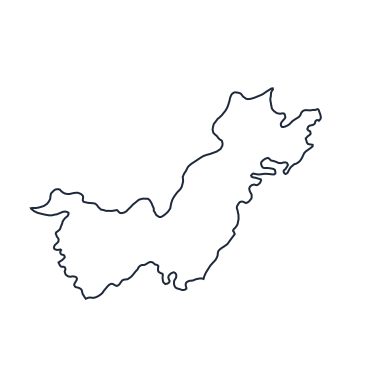 Beshankovichy, Vitebsk, Belarus, rotated 326°
{"feature_id": "67162791B20127655381780", "entity_name": "Beshankovichy", "entity_type": "district", "adm_level": 2, "iso_a3": "BLR", "parent_name": "Belarus", "parent_adm1": "Vitebsk", "projection": "robinson", "projection_center": [29.528, 55.058], "detail": "fine", "context": "isolated", "style": "outline", "palette": "slate", "viewbox_px": 384, "rotation_deg": 326, "n_neighbors": 0, "source": "geoboundaries", "source_scale": "gbopen_adm2", "svg_char_len": 6011}
<svg xmlns="http://www.w3.org/2000/svg" viewBox="0 0 384 384"><g transform="rotate(326 192 192)"><path d="M273.7,137.7L270.2,140.5L268.1,141.9L264.7,143.5L261.9,144.3L260.2,144.9L256.3,145.6L254.3,145.7L247.9,147.9L245.1,150.5L243.9,151.9L242.8,154.9L243.1,156.7L243.9,159.5L244.0,162.3L244.6,164.4L245.4,166.1L244.6,168.6L243.2,170.5L240.8,171.8L239.6,172.3L235.1,172.3L228.3,170.6L224.8,169.4L221.8,168.6L219.2,168.4L207.0,168.3L204.2,168.6L202.3,169.1L198.7,171.2L197.3,171.7L195.7,172.4L194.4,173.2L192.7,174.4L191.8,176.2L190.6,178.2L188.3,180.3L186.3,182.0L184.0,183.1L179.3,184.1L174.9,185.7L172.7,186.7L170.6,188.0L168.4,189.8L164.7,193.5L161.1,194.9L157.6,195.5L153.9,195.6L152.2,195.3L150.9,194.4L150.1,192.7L149.5,191.1L149.8,188.1L149.8,186.2L151.2,184.1L151.6,181.3L152.1,179.3L152.3,177.0L152.3,175.1L151.8,173.1L148.8,170.9L147.3,169.9L143.7,168.7L135.9,169.4L133.5,170.0L128.5,170.9L126.9,171.3L124.4,171.1L122.3,170.4L121.2,169.7L120.4,168.7L119.7,165.0L114.9,162.9L113.5,161.8L110.2,159.6L108.5,157.4L106.7,155.7L105.9,152.0L105.9,150.4L105.7,148.8L105.0,147.2L103.1,145.5L99.8,142.9L97.7,140.7L96.6,139.3L96.8,137.8L97.7,136.7L98.9,135.4L99.4,133.9L98.9,131.8L98.0,130.2L96.6,128.5L94.5,127.3L92.4,126.3L89.6,125.3L87.5,123.9L85.7,122.1L84.6,120.0L84.0,117.9L83.8,116.2L82.8,114.9L80.4,113.6L78.9,113.5L76.8,113.8L74.3,114.4L72.9,115.7L70.5,118.5L68.3,119.7L65.6,120.7L61.7,120.8L59.1,120.1L56.3,119.2L53.4,117.9L51.6,116.5L49.4,115.4L49.3,116.2L49.7,117.3L50.5,119.9L51.3,121.1L52.3,122.9L56.9,128.0L60.4,131.4L62.8,133.0L65.8,134.1L67.3,134.9L74.0,136.3L76.0,137.3L77.3,138.8L78.0,140.2L77.0,141.5L75.7,142.3L72.1,142.7L70.1,143.3L67.9,144.4L66.8,145.5L64.0,147.3L62.3,148.7L61.1,149.2L58.2,149.5L56.8,149.5L55.8,150.2L55.6,151.2L55.1,153.0L55.1,156.0L54.8,156.9L53.5,158.4L52.5,158.7L48.3,159.4L46.9,160.4L46.3,161.1L46.1,162.4L47.3,164.2L48.6,165.1L50.8,166.1L51.0,167.0L49.6,167.7L49.1,168.2L48.6,169.5L48.8,170.8L50.4,172.5L50.5,173.6L50.0,175.0L48.4,175.5L46.5,175.8L44.0,175.8L42.0,175.7L41.8,176.3L41.6,177.6L41.5,179.6L41.6,180.3L42.6,181.5L43.7,182.1L44.4,183.3L44.4,183.9L43.9,185.3L41.9,186.8L41.1,189.8L41.5,191.1L41.9,192.3L42.9,193.5L44.2,194.5L45.6,195.0L47.0,196.1L48.1,197.4L48.4,198.4L48.1,199.7L46.9,200.6L44.3,201.8L42.8,202.6L42.3,203.4L42.1,204.8L42.4,205.8L44.6,208.2L45.3,209.6L45.7,210.7L45.7,211.7L44.8,214.1L44.4,215.1L44.3,215.7L44.3,217.3L44.2,218.7L44.2,221.1L46.8,221.6L48.5,222.5L51.0,224.6L53.4,225.5L56.1,225.9L59.5,225.9L61.6,225.5L63.7,224.6L68.9,223.1L71.3,222.6L73.6,222.9L74.9,223.9L75.6,225.4L76.3,226.7L77.2,227.9L79.0,228.1L80.7,227.8L82.5,227.0L84.7,226.3L86.3,226.5L89.9,228.3L93.9,228.3L96.8,227.6L100.9,226.3L103.4,225.8L106.0,224.4L107.8,224.2L109.4,224.4L111.8,225.9L113.3,226.1L116.4,226.2L118.2,226.6L119.1,227.4L120.0,228.3L120.8,231.3L122.2,232.9L122.6,233.9L122.6,234.8L121.9,235.4L120.6,237.0L119.8,238.4L119.7,239.7L120.2,240.8L120.8,241.9L121.8,243.3L121.4,244.5L119.7,246.5L118.1,249.5L117.8,251.1L118.4,253.4L120.4,254.2L122.3,254.2L123.5,253.5L123.8,252.9L123.9,251.6L124.5,249.7L125.7,248.5L128.0,247.8L129.6,247.8L131.9,248.3L132.7,249.6L132.8,251.4L132.1,252.7L130.8,254.2L128.2,255.3L127.4,255.8L126.3,257.2L125.3,258.9L124.9,260.6L125.0,262.2L125.9,263.9L126.9,264.9L129.0,267.7L130.3,268.6L132.0,269.1L133.3,269.0L133.9,267.9L134.3,266.6L134.8,265.4L135.8,264.3L137.0,263.8L138.9,263.9L140.4,264.3L142.9,265.7L143.9,266.0L145.5,266.3L147.0,266.7L148.9,267.5L150.0,268.0L152.1,269.4L152.9,270.5L155.5,268.4L158.3,266.7L160.7,265.6L166.2,263.2L173.7,261.4L176.0,260.2L177.7,259.0L179.5,256.8L180.8,255.7L183.3,255.1L185.4,255.0L187.5,255.1L192.2,255.0L197.3,253.1L203.9,250.8L204.4,248.5L204.3,247.1L205.6,246.2L208.0,245.8L210.5,244.9L212.1,243.9L213.4,242.5L215.4,240.6L218.0,236.5L218.4,235.1L219.4,233.0L219.6,232.2L220.2,230.3L221.2,229.1L223.7,227.8L225.9,227.1L227.5,227.5L228.7,228.4L229.7,229.9L230.4,231.2L231.9,231.7L234.1,231.7L237.6,230.6L238.5,229.7L239.9,227.7L240.1,226.0L240.4,223.5L241.3,221.2L242.8,220.1L244.1,219.8L245.8,219.8L247.9,220.7L248.6,221.8L249.8,222.7L251.2,222.8L253.3,222.5L254.5,221.9L255.8,220.9L256.1,220.0L252.5,215.6L250.7,213.9L250.0,212.7L250.2,211.4L251.9,210.9L253.0,210.9L255.7,213.6L257.0,214.7L259.2,216.0L260.7,216.6L263.0,217.9L265.6,219.9L268.4,222.3L269.8,223.3L271.4,223.3L272.4,221.9L273.1,220.0L272.4,218.4L269.8,215.8L267.6,214.0L265.5,212.7L264.5,211.6L264.3,210.4L264.5,208.9L265.0,207.2L266.3,205.9L268.9,205.4L271.4,205.4L274.0,206.2L274.5,207.0L275.1,210.0L277.1,212.1L278.5,213.9L280.1,216.5L282.2,218.0L284.6,218.8L285.9,219.6L286.9,220.8L286.8,223.0L285.4,224.0L283.5,224.7L282.2,225.3L280.9,225.3L279.7,225.8L279.1,227.1L279.1,228.4L279.6,229.4L281.1,229.6L282.0,229.5L285.3,227.7L287.6,226.7L292.4,226.1L293.9,226.7L295.8,226.9L298.5,226.7L300.8,225.9L302.6,225.0L304.4,223.9L306.8,222.5L309.0,222.0L316.1,221.8L317.7,221.5L318.4,220.3L316.2,218.3L315.0,217.0L314.9,215.6L315.2,214.4L316.2,211.2L319.4,210.5L321.3,210.5L322.9,210.1L323.9,207.8L322.8,205.9L322.8,204.3L324.8,202.9L326.3,202.7L330.1,204.1L331.9,204.0L334.2,202.2L335.8,202.2L336.8,203.0L337.0,203.9L338.1,203.7L339.2,203.3L339.8,203.0L340.5,202.2L341.2,200.9L342.0,198.5L342.1,197.7L342.9,194.8L342.6,193.6L340.8,193.0L339.9,192.9L338.6,191.8L336.8,191.0L335.3,190.2L334.0,189.2L331.8,187.5L330.0,186.9L328.3,187.0L326.8,187.5L324.6,189.0L322.4,189.6L318.5,189.4L315.0,189.4L310.7,190.3L308.7,190.3L306.1,189.9L304.0,189.2L303.0,188.4L302.8,187.3L303.5,185.4L305.2,184.2L310.4,182.8L311.3,182.1L312.3,179.3L312.0,178.1L310.6,177.2L308.8,176.4L307.4,175.1L306.4,174.0L305.2,170.8L304.9,168.6L305.0,167.3L305.8,165.3L308.2,159.9L309.3,158.2L310.7,156.9L312.9,154.1L314.3,153.1L316.5,152.2L316.9,151.2L315.7,150.6L309.7,150.4L305.5,150.5L303.4,150.2L296.3,148.7L294.3,148.1L291.7,147.1L289.8,145.9L288.9,144.7L287.7,141.4L287.5,137.9L286.9,136.8L285.5,135.2L283.4,133.4L282.1,133.0L281.0,133.0L279.5,133.2L277.6,134.3L276.1,135.4L273.7,137.7Z" fill="none" stroke="#1e293b" stroke-width="2"/></g></svg>